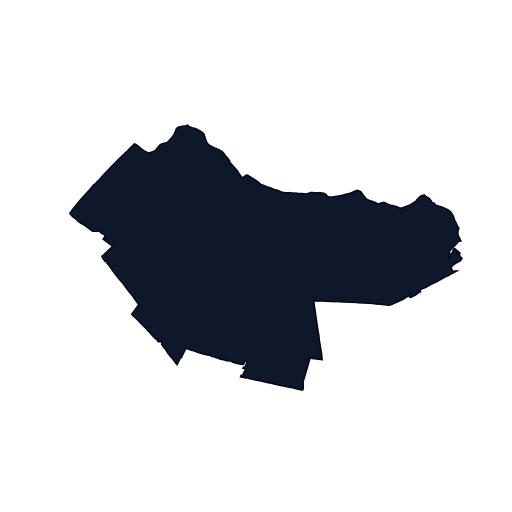 Bogda, Timis, Romania (Mercator projection), rotated 208°
{"feature_id": "2599482B35137521275654", "entity_name": "Bogda", "entity_type": "district", "adm_level": 2, "iso_a3": "ROU", "parent_name": "Romania", "parent_adm1": "Timis", "projection": "mercator", "projection_center": [21.542, 45.957], "detail": "fine", "context": "isolated", "style": "filled", "palette": "ink", "viewbox_px": 512, "rotation_deg": 208, "n_neighbors": 0, "source": "geoboundaries", "source_scale": "gbopen_adm2", "svg_char_len": 6025}
<svg xmlns="http://www.w3.org/2000/svg" viewBox="0 0 512 512"><g transform="rotate(208 256 256)"><path d="M377.7,339.5L379.5,337.5L381.8,336.2L383.2,334.8L384.6,333.8L385.7,332.2L386.1,330.6L385.6,327.5L385.6,323.2L385.9,321.2L386.7,318.2L386.8,316.9L387.5,315.5L387.7,314.3L390.2,312.3L392.6,309.8L392.9,309.3L393.3,307.2L393.9,305.2L394.3,302.3L394.8,301.3L395.9,299.8L398.1,297.6L398.7,296.7L403.3,296.2L408.1,296.9L412.3,297.9L414.6,298.1L416.1,297.9L417.0,294.5L417.8,292.5L418.8,288.5L419.9,285.7L420.5,283.6L421.3,281.4L426.1,265.7L429.3,254.0L429.4,253.1L430.5,248.6L431.0,247.6L431.7,244.6L432.9,242.3L433.0,241.1L434.0,236.5L437.3,223.6L439.6,212.0L440.4,206.4L439.3,205.5L438.6,205.6L436.5,204.7L432.4,204.0L431.9,204.2L430.5,203.4L429.5,203.1L426.4,202.7L423.0,202.7L417.7,202.1L412.4,201.1L411.5,201.3L407.2,203.8L405.9,204.1L405.6,204.4L403.1,203.4L401.0,203.8L398.9,203.1L398.4,202.9L398.9,199.1L387.9,197.4L387.3,196.9L388.4,193.3L388.9,192.3L389.6,189.5L390.1,188.6L390.1,188.0L390.8,186.6L391.0,185.4L392.0,183.4L391.6,183.0L390.0,181.9L386.9,180.4L386.4,180.9L385.4,180.7L384.1,179.6L382.1,179.0L373.0,174.4L363.7,170.4L361.2,169.6L351.5,164.9L346.1,162.8L343.1,161.0L341.7,160.5L336.7,157.9L337.7,151.7L338.4,146.1L337.4,146.0L335.8,145.3L332.2,144.5L322.9,141.4L321.7,141.3L321.3,140.9L319.7,140.6L316.4,139.3L314.2,138.7L310.8,137.3L305.5,135.6L305.3,135.7L305.2,136.2L304.8,136.3L304.8,136.8L304.3,137.0L304.1,136.4L304.3,136.1L303.6,135.8L303.2,135.3L303.4,134.9L302.4,134.5L301.5,134.5L301.2,135.3L299.9,135.5L300.1,135.7L300.0,135.9L299.8,136.2L299.4,136.4L298.9,136.1L299.0,135.6L298.9,135.4L297.9,135.2L298.0,133.8L295.8,132.8L295.5,132.3L292.3,131.3L288.5,128.9L283.5,126.8L281.7,126.2L277.9,124.3L274.7,123.0L274.9,131.2L274.1,131.2L274.1,131.4L274.4,134.7L274.4,139.7L274.7,141.4L273.3,141.8L268.3,142.5L267.9,142.9L261.3,143.7L258.3,144.4L256.2,144.7L256.2,144.9L255.8,145.2L254.7,145.2L252.3,145.8L252.0,146.0L252.0,146.3L251.4,146.5L250.7,146.3L250.2,146.6L249.8,147.3L248.4,146.4L248.0,146.8L247.5,146.7L245.1,147.4L244.8,147.7L244.2,147.4L243.2,147.4L242.1,148.0L240.4,147.9L236.7,148.8L236.2,149.2L233.7,149.5L232.4,149.9L232.0,150.2L231.3,150.2L231.1,150.8L229.2,151.2L227.4,151.6L227.2,151.5L227.3,151.3L226.6,151.2L226.1,151.5L226.3,151.8L225.7,151.9L225.8,151.7L225.1,151.7L224.8,151.5L224.1,151.8L224.5,152.2L224.3,152.2L224.4,153.1L223.4,152.6L223.2,152.2L222.6,151.9L222.2,152.2L222.2,152.6L221.8,153.0L221.3,153.0L220.9,152.6L220.6,152.6L220.2,153.0L219.2,153.0L217.5,153.8L216.4,154.0L216.1,154.5L216.2,155.7L216.8,157.2L216.5,157.9L216.3,158.1L215.2,158.0L214.2,158.2L214.0,157.8L214.0,156.1L213.8,155.5L213.9,154.6L213.4,153.3L213.7,152.7L214.9,151.8L214.9,151.6L214.7,151.2L214.8,150.8L214.0,151.1L212.7,151.0L211.9,150.1L211.9,149.1L212.0,148.0L211.8,144.7L212.0,144.4L213.1,143.6L212.5,143.3L212.6,142.8L212.2,142.6L212.8,142.3L212.8,142.0L211.6,142.6L211.2,142.5L210.6,142.8L207.9,143.4L206.6,144.2L205.9,144.9L205.2,144.5L202.7,145.0L201.8,145.3L201.2,145.8L199.9,145.8L192.3,148.1L185.7,149.8L182.5,151.0L182.3,150.9L176.4,152.4L163.8,156.1L162.4,156.7L156.0,158.2L151.9,159.5L151.9,160.6L152.3,161.6L153.3,163.7L155.1,166.5L155.6,168.0L156.3,171.9L157.7,178.3L157.8,178.6L158.1,180.8L160.4,191.3L157.2,192.3L148.9,195.5L152.4,200.8L160.7,211.6L163.5,215.8L166.3,219.3L182.5,241.4L183.8,243.6L180.6,245.0L177.7,246.7L169.3,250.6L163.8,253.3L162.6,254.1L159.2,255.5L144.9,262.4L144.0,262.6L131.8,268.4L126.8,270.2L124.9,271.2L115.1,275.1L112.9,277.6L105.7,286.9L103.6,290.8L101.9,293.3L101.3,292.1L100.6,291.6L99.2,292.9L96.3,297.4L94.7,300.9L93.9,301.6L94.8,302.7L95.0,303.8L91.3,308.0L88.2,313.1L84.7,317.6L79.6,325.6L77.5,328.4L76.8,329.1L75.9,330.9L71.6,337.1L72.5,336.7L73.9,335.6L74.0,334.8L74.5,334.5L74.9,335.1L75.8,335.3L76.9,336.3L77.6,336.7L78.1,337.6L78.9,338.3L77.7,339.8L77.6,340.2L77.8,340.9L77.1,341.6L77.1,342.4L76.7,342.6L76.9,342.9L76.8,343.4L76.6,343.5L76.4,343.3L76.2,343.3L75.7,344.5L75.1,344.8L74.3,346.3L73.4,347.4L73.2,348.7L72.9,349.4L73.0,350.4L73.3,350.9L73.8,351.1L74.4,350.8L74.8,350.9L76.9,352.5L77.0,352.8L77.1,353.4L77.5,354.5L78.4,354.3L79.0,354.6L79.3,355.1L80.2,355.0L80.6,354.5L80.5,353.9L80.2,353.3L80.5,353.1L81.3,353.7L81.3,353.9L81.1,354.0L81.1,354.5L81.3,354.8L81.4,355.2L81.9,355.2L83.1,355.8L84.5,355.4L84.8,353.9L84.3,352.2L84.3,351.1L84.6,349.9L85.1,349.1L84.9,348.2L84.4,346.9L84.4,345.8L84.7,345.2L85.1,345.4L87.0,350.2L87.2,351.3L87.0,352.8L86.6,354.7L86.0,356.0L85.3,358.9L84.9,359.9L84.2,363.4L83.7,364.2L82.1,365.4L84.2,366.9L84.9,367.6L86.0,368.2L87.7,369.7L89.5,372.8L89.8,374.2L89.7,375.3L90.2,376.0L92.5,377.2L94.4,378.8L97.5,380.9L100.5,383.9L102.7,385.1L103.5,385.8L106.1,386.7L109.0,386.9L111.2,386.8L115.8,386.4L118.3,385.7L121.4,385.3L122.0,385.4L122.6,385.9L123.6,386.3L125.6,385.8L127.9,387.3L130.4,388.2L134.1,388.3L135.0,388.6L135.8,389.0L137.6,387.6L138.9,385.9L139.5,384.1L140.4,381.1L140.4,380.3L141.1,378.2L141.9,377.3L143.0,374.9L144.1,373.3L148.5,368.2L149.9,366.8L150.9,366.1L152.1,365.8L154.9,365.7L162.3,363.7L168.0,363.5L169.2,362.9L169.4,362.4L170.9,361.1L171.9,359.9L172.9,359.4L178.5,359.0L181.2,358.3L185.3,358.1L191.1,360.6L193.2,361.9L194.4,362.0L197.2,361.7L199.8,359.0L201.2,356.9L203.5,354.5L205.9,352.6L206.7,351.6L209.7,348.9L217.2,343.3L220.1,342.2L221.6,342.5L223.2,343.2L225.0,343.4L229.4,341.9L233.0,339.7L236.9,338.2L238.5,336.5L239.4,335.9L239.9,334.9L240.4,334.5L245.7,332.3L247.1,331.4L250.3,330.3L252.5,329.1L255.5,328.0L259.8,325.6L262.7,324.6L268.0,324.1L270.9,323.3L275.1,323.0L278.3,322.3L282.2,322.0L285.4,321.4L286.2,321.6L287.6,322.2L291.2,322.7L301.3,323.4L302.3,323.1L302.6,322.7L304.4,319.3L304.7,317.8L305.7,318.8L308.6,320.4L309.5,320.7L311.9,322.3L322.5,326.2L323.2,326.6L324.1,327.7L324.8,328.1L327.8,329.4L329.9,330.1L333.0,331.7L334.7,332.3L337.3,332.4L341.1,332.3L342.7,332.0L348.6,331.9L351.0,332.3L351.9,332.7L353.7,333.9L359.3,339.3L362.1,340.1L369.2,340.2L371.3,339.5L375.9,338.8L377.7,339.5Z" fill="#0f172a" stroke="#020617" stroke-width="1.5"/></g></svg>